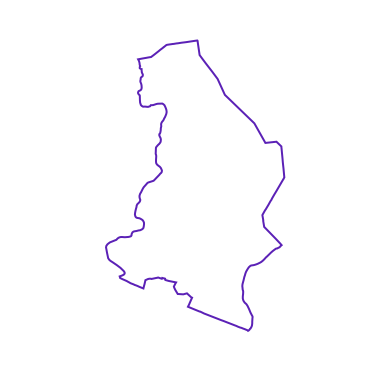 the district of Brunavas pag., Bauska, Latvia, rotated 255°
{"feature_id": "27541924B75400178826619", "entity_name": "Brunavas pag.", "entity_type": "district", "adm_level": 2, "iso_a3": "LVA", "parent_name": "Latvia", "parent_adm1": "Bauska", "projection": "mercator", "projection_center": [24.423, 56.313], "detail": "fine", "context": "isolated", "style": "outline", "palette": "violet", "viewbox_px": 384, "rotation_deg": 255, "n_neighbors": 0, "source": "geoboundaries", "source_scale": "gbopen_adm2", "svg_char_len": 5845}
<svg xmlns="http://www.w3.org/2000/svg" viewBox="0 0 384 384"><g transform="rotate(255 192 192)"><path d="M43.4,210.2L43.7,211.2L44.3,212.1L44.8,212.6L45.0,213.2L46.2,214.4L46.7,214.8L47.4,215.3L48.1,215.6L48.8,215.9L49.6,216.2L51.1,216.6L52.6,217.1L54.1,217.6L54.9,217.9L55.6,218.2L56.4,218.2L57.2,218.0L58.0,217.8L59.5,217.5L60.3,217.3L64.2,216.8L65.8,216.5L67.4,216.2L67.8,216.1L68.1,216.0L69.6,215.5L71.3,214.4L71.6,214.2L72.0,214.1L72.8,213.8L73.1,213.7L73.5,213.6L74.3,213.5L74.7,213.5L75.5,213.5L75.9,213.5L76.3,213.6L77.1,213.8L77.8,214.0L78.9,214.4L80.1,214.9L82.3,215.6L82.7,215.7L83.1,215.7L83.5,215.8L83.8,215.7L84.2,215.7L84.6,215.7L87.0,216.1L87.8,216.2L88.2,216.3L89.3,216.7L90.4,217.2L90.7,217.4L92.1,218.2L93.1,218.8L95.9,220.3L96.6,220.7L97.9,221.6L99.3,222.4L100.6,223.3L101.2,223.8L101.5,224.1L102.9,225.5L104.0,226.7L104.2,227.0L104.5,227.3L104.7,227.6L104.9,228.0L105.4,229.0L105.6,229.4L105.6,229.8L105.7,230.2L105.6,231.0L105.5,231.8L105.4,232.6L105.4,233.3L105.4,234.1L105.5,235.7L105.6,236.5L105.7,237.3L105.9,238.1L106.0,238.9L106.2,239.6L106.4,240.4L106.5,240.8L107.0,241.9L107.3,242.6L107.7,243.3L107.9,243.7L108.5,244.7L109.8,246.7L110.1,247.4L110.6,248.3L111.0,249.0L111.6,250.1L112.0,250.8L113.2,252.9L113.5,253.6L113.9,254.3L114.8,256.5L115.4,258.0L115.5,258.4L115.6,258.8L115.5,259.2L115.4,259.6L115.5,260.0L115.6,260.4L115.8,261.2L115.9,262.0L116.0,262.3L116.2,262.6L116.6,263.2L116.8,263.6L117.1,263.9L117.5,264.8L118.4,264.3L118.8,264.2L125.3,260.7L139.6,252.7L145.8,253.3L146.1,253.5L151.4,254.0L151.6,254.1L155.4,257.8L156.2,258.8L157.0,259.6L159.8,262.5L162.4,265.0L162.9,265.5L164.0,266.8L164.3,267.0L165.2,267.8L168.4,271.0L170.8,273.5L179.6,282.4L180.9,283.7L180.9,283.8L182.1,284.8L182.3,285.0L182.5,285.0L183.7,285.2L191.3,286.5L193.3,286.8L197.1,287.4L201.0,288.1L211.1,289.8L211.3,289.8L212.9,290.1L218.7,286.6L220.4,275.6L229.0,273.4L242.2,270.0L277.3,248.9L294.6,246.0L302.9,242.7L312.7,238.6L318.2,236.4L322.3,234.8L323.2,234.9L335.1,236.3L336.6,236.5L336.9,236.4L337.0,236.3L337.0,236.1L337.3,233.7L337.8,229.3L338.3,224.8L338.9,220.6L339.0,219.7L339.2,217.7L339.3,216.7L339.5,215.7L339.8,212.5L339.9,212.1L340.0,211.4L340.2,209.5L340.3,208.9L340.6,206.1L340.6,205.9L340.6,205.6L340.6,205.4L340.5,205.1L339.3,202.4L339.3,202.1L339.1,201.9L338.5,200.5L337.5,198.0L336.6,196.1L336.1,194.9L334.8,191.9L333.8,189.5L333.6,188.9L333.1,187.8L333.0,187.6L333.0,187.3L333.3,184.3L333.4,182.8L333.8,178.3L334.1,174.3L332.3,174.7L330.2,174.7L328.5,174.4L327.0,174.5L326.9,174.3L326.6,174.1L326.0,173.8L325.6,173.7L325.0,173.6L324.8,173.8L324.4,174.2L324.2,174.4L324.0,174.6L323.8,174.7L323.7,175.1L322.5,174.8L320.3,174.5L318.3,174.9L317.8,174.8L317.0,174.5L316.5,174.0L315.9,172.5L315.5,172.1L314.9,171.8L314.0,171.5L312.8,170.9L312.0,170.7L311.3,170.7L310.0,170.9L308.8,170.9L307.7,170.8L305.8,170.4L304.9,170.0L304.2,169.5L303.6,168.6L303.3,166.9L303.1,166.4L302.2,165.7L301.5,165.5L300.7,165.6L300.0,165.9L299.4,166.2L299.0,166.5L298.5,166.5L293.9,165.4L291.6,165.0L290.4,165.1L289.4,165.1L288.2,165.7L287.1,166.8L286.7,168.6L285.6,171.5L285.7,173.7L286.5,174.6L286.0,176.9L286.2,180.5L286.1,181.9L285.7,183.6L285.1,186.2L284.3,187.0L283.1,187.8L281.8,188.1L279.7,188.4L278.3,188.5L277.1,188.4L275.8,188.2L274.1,187.4L272.6,186.3L271.1,185.1L270.3,184.2L269.5,183.6L268.5,182.7L267.8,181.6L267.0,180.7L266.1,180.0L265.4,179.7L263.4,179.3L261.7,178.4L260.7,178.1L259.3,177.6L257.5,176.7L256.7,176.1L256.6,175.8L256.5,175.6L256.0,175.3L255.4,175.1L254.0,175.2L252.1,175.6L250.7,175.5L249.1,174.9L248.5,174.6L247.8,173.9L246.8,172.6L246.7,172.2L246.5,171.9L246.1,171.2L245.7,170.6L244.8,169.3L244.4,168.9L244.2,168.7L243.4,168.4L238.2,166.8L236.9,166.9L235.4,166.6L232.8,165.7L230.3,165.0L228.9,164.9L227.6,165.3L226.0,166.4L224.8,167.4L223.3,168.1L221.6,168.4L220.4,168.5L219.1,167.9L218.4,167.1L217.9,166.0L217.2,165.1L216.2,163.5L215.0,161.5L213.7,159.4L212.8,157.8L212.7,156.3L212.6,154.0L212.5,152.1L212.2,151.2L211.8,150.6L211.1,149.6L209.2,146.7L208.1,145.5L206.4,144.0L205.5,143.2L204.9,142.7L203.8,141.5L202.1,140.4L200.8,140.0L199.5,139.9L197.7,140.0L196.6,139.4L195.9,138.7L195.1,137.4L194.4,136.1L193.3,135.1L191.7,134.4L190.4,133.6L188.4,132.5L186.5,131.6L184.9,131.0L183.0,131.0L182.2,131.3L181.5,131.8L181.0,132.7L180.6,133.6L180.2,134.5L179.2,135.6L177.8,136.9L176.6,137.4L175.0,137.7L173.5,137.4L171.5,136.6L169.9,135.8L169.4,135.1L169.0,134.5L168.7,133.3L168.5,131.9L168.7,130.4L168.7,128.2L168.9,126.5L168.9,125.2L168.4,124.0L167.0,122.8L165.7,122.3L165.1,121.6L165.0,120.8L165.0,119.2L165.7,115.4L166.3,113.7L166.7,112.6L167.0,111.0L166.8,109.2L166.2,107.8L165.4,106.6L165.2,104.8L164.9,102.4L164.6,99.8L164.0,98.2L163.3,96.7L162.1,95.3L160.7,94.6L159.0,94.5L155.4,94.2L151.7,94.0L149.7,93.9L147.8,94.6L146.5,95.5L144.5,97.3L140.9,100.4L137.2,103.3L133.3,105.6L131.8,106.1L130.6,105.8L129.8,104.7L129.4,102.7L129.2,100.3L128.8,100.3L128.6,100.4L128.3,100.4L128.1,100.4L127.9,100.4L127.7,100.3L127.4,100.5L126.2,101.8L122.9,105.9L121.4,107.4L120.7,108.2L119.9,108.9L117.8,111.8L117.1,112.5L116.6,113.3L115.3,115.1L114.1,116.5L111.4,120.1L112.7,120.8L113.8,121.4L115.1,122.2L118.9,124.2L119.1,125.6L119.3,126.6L119.3,128.1L118.9,129.8L118.5,130.3L118.2,135.6L118.1,136.6L118.2,137.1L116.0,140.4L116.7,141.0L116.5,141.3L115.4,143.4L115.3,143.5L115.2,143.6L114.3,143.4L114.2,143.4L113.9,143.5L112.1,146.5L108.8,153.2L107.4,151.8L105.3,150.0L104.0,150.1L101.8,150.5L101.1,150.7L98.3,151.5L97.2,151.8L95.4,157.1L95.4,158.1L95.4,160.9L90.5,164.0L89.9,164.7L84.4,160.3L84.1,160.1L82.2,158.4L77.3,164.8L74.5,168.5L74.4,168.9L72.6,171.0L71.6,172.1L68.9,175.8L66.4,179.2L62.3,184.8L62.0,185.2L60.6,187.1L59.3,189.0L56.5,192.8L53.3,197.2L52.4,198.4L51.2,200.1L50.1,201.4L48.7,203.3L47.9,204.7L47.1,205.7L45.9,207.4L44.0,209.9L43.4,210.2Z" fill="none" stroke="#5b21b6" stroke-width="2"/></g></svg>